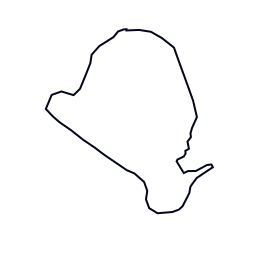 outline of Wonsan City, Kangwŏn-do, North Korea, rotated 70°
{"feature_id": "82179303B41531617373143", "entity_name": "Wonsan City", "entity_type": "district", "adm_level": 2, "iso_a3": "PRK", "parent_name": "North Korea", "parent_adm1": "Kangwŏn-do", "projection": "equal_earth", "projection_center": [127.373, 39.107], "detail": "fine", "context": "isolated", "style": "outline", "palette": "ink", "viewbox_px": 256, "rotation_deg": 70, "n_neighbors": 0, "source": "geoboundaries", "source_scale": "gbopen_adm2", "svg_char_len": 876}
<svg xmlns="http://www.w3.org/2000/svg" viewBox="0 0 256 256"><g transform="rotate(70 128 128)"><path d="M222.1,108.1L220.2,103.5L210.1,92.6L204.8,89.6L203.0,87.4L198.4,80.4L195.2,67.2L193.9,61.7L190.8,62.1L189.8,66.6L191.6,78.9L189.0,86.4L189.4,91.0L175.9,93.7L174.6,92.4L173.9,85.4L171.8,82.7L169.1,81.9L168.4,77.9L161.1,76.7L158.1,72.0L154.4,71.1L150.1,68.0L149.1,67.1L141.3,59.5L124.6,57.5L109.6,57.4L92.6,57.4L79.5,57.4L68.2,57.3L54.9,65.5L45.4,73.6L39.7,83.9L35.8,96.1L34.7,95.6L33.9,98.2L33.9,104.3L37.6,110.5L39.4,118.7L41.2,126.9L46.7,137.1L54.2,141.2L63.6,149.5L74.8,159.7L78.5,167.9L70.9,178.1L70.8,188.4L82.0,198.7L91.5,194.6L99.0,190.5L110.4,182.4L123.7,174.2L135.0,166.0L144.5,159.9L155.9,151.7L167.2,143.6L172.9,137.5L184.3,131.3L193.7,131.4L201.2,135.5L210.6,135.5L218.2,129.4L222.1,115.1L222.1,108.1Z" fill="none" stroke="#020617" stroke-width="2"/></g></svg>